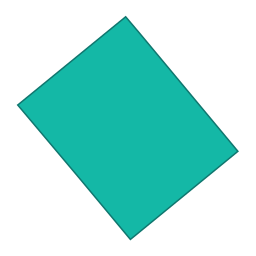 Logan, Kansas, United States of America (Robinson projection), rotated 50°
{"feature_id": "52423323B59948780820812", "entity_name": "Logan", "entity_type": "district", "adm_level": 2, "iso_a3": "USA", "parent_name": "United States of America", "parent_adm1": "Kansas", "projection": "robinson", "projection_center": [-101.227, 38.917], "detail": "fine", "context": "isolated", "style": "filled", "palette": "teal", "viewbox_px": 256, "rotation_deg": 50, "n_neighbors": 0, "source": "geoboundaries", "source_scale": "gbopen_adm2", "svg_char_len": 246}
<svg xmlns="http://www.w3.org/2000/svg" viewBox="0 0 256 256"><g transform="rotate(50 128 128)"><path d="M41.3,58.3L39.5,197.7L133.3,197.5L214.9,197.8L216.5,58.8L64.0,58.2L41.3,58.3Z" fill="#14b8a6" stroke="#0f766e" stroke-width="1.5"/></g></svg>